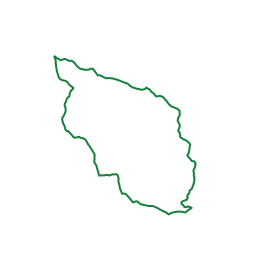 Shermung, Mongar, Bhutan, rotated 323°
{"feature_id": "84629894B23969892621665", "entity_name": "Shermung", "entity_type": "district", "adm_level": 2, "iso_a3": "BTN", "parent_name": "Bhutan", "parent_adm1": "Mongar", "projection": "natural_earth1", "projection_center": [91.364, 27.466], "detail": "fine", "context": "isolated", "style": "outline", "palette": "green", "viewbox_px": 256, "rotation_deg": 323, "n_neighbors": 0, "source": "geoboundaries", "source_scale": "gbopen_adm2", "svg_char_len": 5182}
<svg xmlns="http://www.w3.org/2000/svg" viewBox="0 0 256 256"><g transform="rotate(323 128 128)"><path d="M160.1,185.3L160.2,185.1L161.1,184.7L162.4,183.5L162.7,183.2L164.2,182.1L165.8,180.2L167.2,179.2L167.6,178.6L167.8,177.1L167.7,176.0L167.3,174.2L167.0,173.1L166.7,172.2L165.7,170.9L165.3,170.0L164.7,168.1L164.3,167.3L164.4,166.5L164.6,165.9L165.0,165.2L165.4,164.7L165.7,164.2L166.3,163.5L166.3,163.2L166.4,162.8L166.2,161.8L166.2,161.3L166.3,160.7L167.5,159.7L168.8,158.9L169.7,158.3L170.8,157.2L171.1,156.7L171.4,156.0L171.5,155.1L171.7,154.0L171.9,152.7L172.1,152.0L172.7,151.4L173.9,150.5L175.1,149.7L176.0,149.3L177.0,149.0L177.4,148.5L178.3,147.0L179.0,146.0L179.6,145.2L179.4,144.2L179.2,143.3L179.0,142.5L178.6,141.7L177.9,140.6L177.1,139.3L176.6,138.2L176.0,137.4L175.6,137.0L175.5,136.4L175.5,136.1L175.4,135.5L175.2,134.9L175.1,134.1L174.9,133.0L175.0,132.2L175.0,131.4L175.1,130.7L175.1,129.6L175.0,129.1L174.8,128.3L174.8,127.9L174.7,126.5L174.7,125.0L174.6,124.2L174.5,123.9L173.7,122.9L173.2,122.0L172.2,121.1L171.3,120.9L170.5,120.4L169.6,119.8L169.4,119.1L169.3,117.7L169.4,116.2L168.9,114.7L168.6,113.7L168.4,112.2L168.5,110.4L168.1,109.5L167.5,108.4L166.8,106.7L165.2,107.0L163.8,106.7L162.2,105.9L161.2,104.8L160.5,103.9L158.9,102.2L155.9,98.1L154.8,94.9L154.5,92.4L152.5,89.6L149.5,84.6L147.3,81.5L146.1,79.8L144.5,78.2L142.6,76.5L140.4,75.0L139.2,72.9L138.4,70.9L137.2,69.0L135.6,67.6L135.6,66.6L135.6,63.8L135.6,61.1L135.5,59.5L134.0,58.2L132.1,58.0L129.1,56.1L127.6,54.3L125.5,51.9L124.7,49.2L124.5,47.2L124.5,44.6L124.2,42.0L123.2,40.1L121.4,39.1L120.7,37.5L119.2,34.8L117.4,34.1L115.1,33.4L114.5,32.0L113.1,28.8L112.8,27.3L112.2,25.9L112.2,27.1L111.5,28.7L110.9,30.5L109.3,32.7L107.3,36.2L105.8,39.1L104.4,42.5L103.3,45.8L103.1,47.8L104.1,50.0L106.5,52.8L107.2,54.9L107.1,58.0L108.0,61.1L108.4,63.1L107.7,63.7L105.7,63.7L103.3,64.6L101.8,65.7L100.8,67.0L100.3,67.4L98.5,67.4L96.3,68.1L93.5,70.0L91.6,70.9L91.0,72.0L90.7,73.3L89.9,74.6L89.3,75.9L88.6,76.7L87.9,77.3L87.0,77.9L85.8,78.6L84.7,79.3L83.9,79.7L82.5,80.1L81.3,80.6L80.6,81.7L79.9,82.8L79.4,84.2L78.9,85.6L78.8,86.9L78.4,88.3L78.0,89.6L77.3,90.8L77.2,92.0L77.2,92.7L77.2,93.3L77.4,93.5L78.3,94.6L78.6,95.9L78.7,97.4L78.9,100.0L78.9,101.9L79.1,103.1L79.5,103.5L80.0,103.9L81.0,104.5L82.0,104.9L83.0,105.3L83.6,105.5L83.7,105.8L83.9,106.7L84.3,107.4L84.9,108.1L85.8,109.0L86.1,109.6L86.4,110.3L86.8,111.0L86.9,112.0L86.9,112.8L86.8,114.5L86.5,115.5L86.4,116.5L86.3,117.7L86.4,119.2L86.1,121.1L86.1,123.2L86.1,123.5L85.9,125.2L85.7,126.8L85.6,128.2L85.3,129.1L84.6,130.0L82.1,133.2L81.1,134.2L80.7,134.8L80.4,135.5L80.3,137.8L80.3,138.5L80.0,139.3L79.2,140.9L78.9,141.9L78.5,143.1L77.5,145.7L76.9,147.0L76.4,148.7L77.3,149.1L78.1,149.7L79.1,150.6L79.3,150.7L80.3,151.4L81.8,152.2L83.0,152.9L83.9,153.7L84.6,154.6L85.0,155.0L85.7,155.2L86.5,155.3L87.4,155.5L88.3,156.2L89.2,156.8L90.3,157.6L91.1,158.2L91.3,158.8L91.3,159.1L91.0,160.7L90.6,161.5L89.8,163.0L88.5,164.7L87.8,165.3L87.5,166.5L86.6,168.8L85.8,170.2L85.0,172.2L84.8,173.1L84.3,175.0L84.2,175.2L83.8,176.3L83.7,176.9L84.5,177.4L85.6,178.1L86.0,178.6L86.4,179.3L86.6,180.1L86.8,182.3L87.0,184.3L87.0,186.0L87.1,187.6L87.2,188.8L87.2,190.3L87.4,190.4L89.3,191.1L90.5,191.6L91.5,192.7L91.6,194.7L92.8,197.1L97.6,202.8L100.9,205.2L101.5,206.3L102.5,207.9L103.5,209.9L105.2,213.9L108.0,219.2L108.1,219.7L108.3,221.0L108.5,221.4L109.0,221.7L110.5,221.8L112.2,222.1L115.9,223.8L119.6,226.3L121.6,228.4L122.7,229.6L123.0,230.0L125.0,229.9L126.9,229.8L128.3,230.0L129.1,230.1L130.6,230.0L130.5,229.6L130.3,229.0L130.1,228.8L129.7,228.4L129.3,227.8L129.0,226.9L128.7,226.6L128.2,226.5L127.4,226.3L126.7,226.2L126.3,225.9L125.8,225.5L125.5,225.1L125.6,224.7L125.6,224.1L125.6,223.4L125.6,222.8L125.6,222.5L125.4,221.9L125.2,221.4L125.1,220.9L125.2,220.6L125.4,220.1L125.8,219.7L126.4,219.4L126.7,219.5L127.2,219.5L127.8,219.5L128.4,219.6L129.3,219.9L129.6,220.0L129.9,220.2L130.8,220.3L131.3,220.5L131.7,220.6L131.9,220.6L132.1,220.5L132.4,220.3L133.0,219.9L133.4,219.8L133.6,219.7L133.9,219.5L134.1,218.7L134.3,218.3L134.5,217.8L134.8,217.5L135.0,217.4L135.9,217.2L136.6,217.2L137.1,217.1L137.4,217.0L138.3,216.3L138.6,216.0L138.8,215.7L139.3,215.2L139.7,215.1L140.1,215.0L140.5,215.1L140.8,215.1L141.4,215.0L141.9,214.9L142.1,214.9L142.9,214.7L143.3,214.5L143.5,214.3L144.4,213.5L144.7,213.4L144.9,213.2L145.6,213.0L145.9,212.8L146.4,212.5L146.8,212.1L147.1,211.9L147.4,211.4L147.6,211.2L148.4,211.0L148.6,210.6L149.0,210.3L149.3,209.9L149.5,209.6L150.0,209.0L150.5,208.5L151.2,207.7L151.3,207.4L151.5,206.7L151.7,206.0L151.9,205.6L152.3,205.0L152.5,204.7L152.8,204.5L153.2,204.1L153.4,203.8L153.5,203.6L153.8,203.3L153.9,203.1L154.0,202.5L154.2,202.0L154.7,201.4L155.3,201.0L155.9,200.6L156.5,200.3L157.3,200.0L157.6,199.7L158.3,199.2L158.8,198.8L159.0,198.6L159.3,198.4L159.7,198.1L159.9,197.8L160.4,196.9L160.6,196.6L160.9,196.4L160.8,195.6L160.7,194.8L160.7,194.5L160.6,194.3L160.3,194.0L160.1,193.8L159.9,193.6L159.0,192.5L159.0,191.9L159.1,190.9L159.1,190.2L159.1,189.5L159.1,189.0L159.0,188.6L158.8,188.1L158.7,187.7L158.7,187.2L158.7,186.8L158.8,185.8L159.3,185.3L160.1,185.3Z" fill="none" stroke="#15803d" stroke-width="2"/></g></svg>